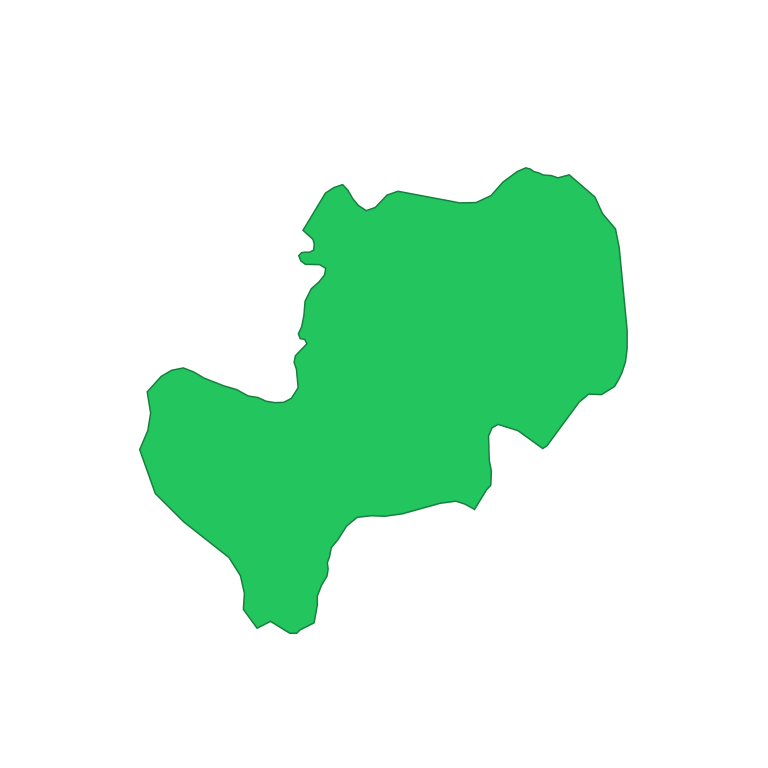 an SVG outline of Al Bayda', rotated 301°
{"feature_id": "YEM-333", "entity_name": "Al Bayda'", "entity_type": "Governorate", "adm_level": 1, "iso_a3": "YEM", "parent_name": "Yemen", "parent_adm1": "", "projection": "mercator", "projection_center": [45.347, 14.319], "detail": "fine", "context": "isolated", "style": "filled", "palette": "green", "viewbox_px": 768, "rotation_deg": 301, "n_neighbors": 0, "source": "natural_earth", "source_scale": "10m", "svg_char_len": 1611}
<svg xmlns="http://www.w3.org/2000/svg" viewBox="0 0 768 768"><g transform="rotate(301 384 384)"><path d="M255.3,185.1L275.8,189.1L286.4,194.9L294.4,203.7L296.3,214.5L296.4,226.7L299.8,247.2L303.3,260.5L303.8,273.7L307.5,282.9L308.4,291.5L311.8,300.0L316.7,307.6L324.1,312.0L336.6,312.3L351.6,301.3L356.2,295.8L362.6,293.5L378.8,297.2L381.4,293.0L379.7,288.8L383.0,284.7L390.5,284.0L401.6,280.0L414.3,273.7L428.1,272.6L438.0,275.7L446.8,276.9L453.1,274.5L453.2,267.4L446.1,255.0L446.7,249.3L450.1,244.8L454.1,245.7L456.2,248.3L458.8,252.6L462.7,254.7L468.2,252.0L471.4,248.6L474.0,235.4L517.6,235.5L526.7,240.0L533.6,245.8L531.5,253.3L526.8,261.7L523.9,269.7L523.4,279.4L530.8,285.6L547.5,289.3L556.4,296.7L578.3,355.8L587.0,369.5L600.6,378.7L618.4,382.0L634.8,388.8L642.3,394.2L643.6,398.7L643.3,403.2L644.7,408.0L645.2,413.1L648.8,420.0L650.3,426.9L658.7,435.1L652.9,468.5L642.6,483.5L636.2,502.5L621.9,515.5L555.2,564.8L539.3,574.3L527.3,579.6L516.4,582.1L508.5,582.9L500.6,582.9L486.9,575.9L480.8,564.7L468.9,560.6L415.0,555.5L410.4,553.3L413.0,522.9L408.1,502.6L402.1,499.2L393.3,500.4L373.1,513.3L364.5,521.0L352.2,527.7L346.0,526.4L323.1,526.2L322.8,515.7L320.6,506.0L310.7,493.6L282.0,466.4L271.0,452.7L264.5,440.9L255.9,429.7L243.1,425.1L227.0,424.7L216.6,423.1L208.1,426.2L201.6,427.5L196.5,431.5L189.9,434.1L179.3,434.1L167.8,436.1L160.4,440.6L143.3,447.1L129.9,438.7L125.3,437.5L121.8,431.6L122.1,409.0L109.3,401.0L118.4,379.5L132.6,372.2L145.7,359.7L155.4,340.5L162.6,283.7L172.3,244.4L201.9,208.4L222.5,205.5L238.8,199.0L255.3,185.1Z" fill="#22c55e" stroke="#15803d" stroke-width="1.5"/></g></svg>